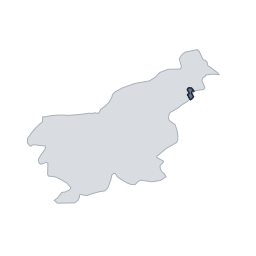 location of Gorišnica within Slovenia, rotated 346°
{"feature_id": "SVN-1041", "entity_name": "Gorišnica", "entity_type": "Municipality", "adm_level": 1, "iso_a3": "SVN", "parent_name": "Slovenia", "parent_adm1": "", "projection": "equal_earth", "projection_center": [16.012, 46.363], "detail": "fine", "context": "in_parent", "style": "filled", "palette": "slate", "viewbox_px": 256, "rotation_deg": 346, "n_neighbors": 0, "source": "natural_earth", "source_scale": "10m", "svg_char_len": 2180}
<svg xmlns="http://www.w3.org/2000/svg" viewBox="0 0 256 256"><g transform="rotate(346 128 128)"><path d="M229.2,98.3L223.5,96.3L216.6,95.4L215.3,96.5L212.6,97.6L211.2,99.6L212.3,107.5L210.6,108.9L202.8,108.1L200.2,109.0L196.0,114.5L191.6,116.8L186.1,118.4L182.0,120.4L176.8,122.1L172.4,123.2L170.7,125.6L169.6,128.3L169.9,130.8L174.4,135.9L175.0,141.3L174.5,147.9L173.4,151.5L171.7,153.8L160.6,156.9L149.1,162.3L148.8,163.6L154.1,168.4L154.3,169.6L149.9,172.4L149.5,175.1L150.0,178.3L152.3,181.6L153.1,184.6L146.7,186.7L138.2,186.0L128.1,181.8L124.6,182.4L121.1,184.6L117.6,183.7L113.8,181.1L108.4,175.8L105.8,172.6L104.7,169.1L103.2,168.6L100.9,169.6L99.0,173.8L93.9,181.3L90.2,183.4L84.6,182.9L76.7,183.1L71.7,183.7L65.7,181.0L64.3,181.5L64.3,183.3L62.0,186.0L58.3,187.8L41.2,183.8L38.9,180.4L42.7,178.8L48.1,174.5L51.8,174.9L56.2,174.0L58.2,172.2L55.4,166.7L48.4,159.9L44.7,157.3L39.5,155.6L38.7,153.8L41.7,143.1L40.8,141.6L34.9,142.1L33.6,141.0L33.1,139.2L33.5,136.6L37.6,132.5L42.1,128.8L43.3,126.8L43.1,125.2L37.5,123.5L34.1,121.9L31.4,121.3L29.5,122.2L28.2,121.2L26.8,118.1L28.3,113.5L33.4,109.2L38.9,105.3L43.7,102.6L46.5,101.4L47.9,96.6L50.7,97.1L56.3,97.4L62.6,98.4L68.4,99.8L73.5,101.4L84.3,103.2L94.1,104.3L97.1,105.3L99.5,105.2L102.5,106.6L104.3,105.5L105.6,103.6L110.9,101.3L115.9,98.4L119.4,94.6L121.3,91.6L124.7,89.5L128.3,88.9L131.7,87.8L145.6,86.4L159.9,87.5L166.7,85.4L172.3,81.8L180.5,80.8L180.9,80.7L193.2,83.5L194.2,81.9L194.7,81.2L194.4,73.3L198.3,69.7L201.9,68.2L214.1,68.7L215.7,71.1L216.4,74.8L217.5,79.9L219.5,81.3L220.7,83.3L220.5,86.8L222.9,89.4L228.5,96.4L229.2,98.3Z" fill="#d9dde1" stroke="#a8b0b8" stroke-width="1"/><path d="M199.1,113.5L198.4,114.2L197.2,115.0L195.8,115.6L195.5,115.7L195.2,115.3L194.3,112.6L194.4,112.0L194.2,111.4L194.1,111.0L193.8,110.8L194.0,109.8L194.5,109.7L195.0,109.6L195.2,109.4L195.8,108.8L195.8,108.6L195.7,108.2L195.2,107.1L195.2,106.4L194.8,105.2L195.4,104.5L195.6,104.2L196.7,103.7L197.6,103.9L199.2,104.5L200.2,106.3L200.8,107.9L199.5,107.6L198.6,108.3L198.0,109.6L198.0,110.1L198.2,110.4L198.4,110.6L198.6,111.1L198.7,112.1L199.1,113.5L199.1,113.5Z" fill="#64748b" stroke="#1e293b" stroke-width="1.5"/></g></svg>